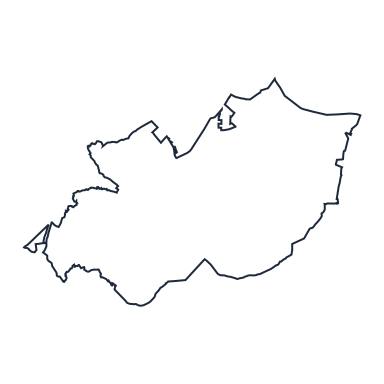 the district of Mihaesti, Vâlcea, Romania, rotated 271°
{"feature_id": "2599482B28552559363507", "entity_name": "Mihaesti", "entity_type": "district", "adm_level": 2, "iso_a3": "ROU", "parent_name": "Romania", "parent_adm1": "Vâlcea", "projection": "albers", "projection_center": [24.236, 45.036], "detail": "fine", "context": "isolated", "style": "outline", "palette": "slate", "viewbox_px": 384, "rotation_deg": 271, "n_neighbors": 0, "source": "geoboundaries", "source_scale": "gbopen_adm2", "svg_char_len": 5931}
<svg xmlns="http://www.w3.org/2000/svg" viewBox="0 0 384 384"><g transform="rotate(271 192 192)"><path d="M271.6,359.0L272.8,355.1L273.2,348.5L272.1,335.8L271.5,325.1L274.5,311.2L276.8,301.8L277.8,299.2L289.8,283.0L297.6,278.5L304.7,273.4L306.6,272.8L297.1,266.2L294.7,259.1L292.6,258.5L291.5,256.5L285.6,248.5L285.6,244.4L286.3,242.1L286.2,241.1L287.7,234.4L288.2,233.0L290.1,229.3L287.2,227.7L287.3,227.4L286.6,227.0L280.0,223.3L277.6,226.3L274.1,230.1L271.9,233.0L268.8,230.9L268.2,229.7L267.8,230.0L267.4,229.6L267.8,229.2L260.8,229.0L261.5,230.5L258.4,234.2L258.0,234.3L255.6,228.6L255.1,226.7L254.3,222.5L254.3,220.1L256.8,220.1L256.8,217.4L260.8,217.3L260.6,220.2L264.4,220.2L264.4,217.4L268.0,217.4L268.0,217.9L270.4,218.2L270.3,218.5L271.3,218.5L271.4,217.6L274.7,220.3L275.2,220.3L274.0,219.4L267.5,213.8L266.9,212.8L266.1,209.8L265.8,209.2L265.3,208.8L255.2,203.2L234.8,190.6L233.1,189.3L231.1,186.8L225.9,176.4L225.7,175.8L226.1,175.3L228.4,174.1L229.6,174.0L231.5,176.2L232.7,175.7L231.0,173.7L232.0,173.6L233.9,175.2L234.3,175.0L232.6,173.5L234.7,173.1L236.4,174.4L236.8,174.1L235.4,173.0L237.4,172.1L240.4,170.1L241.3,171.1L242.0,170.2L241.3,169.6L244.2,167.7L244.9,168.3L245.3,167.8L244.8,167.4L247.2,165.8L245.6,164.2L240.7,160.1L248.6,153.3L250.2,152.2L250.9,151.3L255.9,156.5L262.1,150.3L256.2,140.2L253.4,136.0L252.1,134.7L251.5,133.2L250.8,132.1L249.0,130.2L246.6,128.3L244.7,127.6L244.4,127.2L244.4,126.5L244.0,124.9L242.7,122.0L243.1,121.1L243.0,120.6L242.0,118.6L240.5,116.5L240.2,115.2L240.6,114.8L240.5,114.0L240.7,113.4L240.7,111.0L240.3,110.2L239.9,106.8L239.4,105.9L236.3,102.2L236.6,102.3L237.4,101.7L238.6,101.4L240.2,100.4L241.1,97.6L241.1,96.2L239.2,95.1L238.1,94.1L238.1,93.9L238.5,93.6L238.3,92.3L239.1,91.3L239.1,91.1L237.9,90.0L236.8,89.8L235.8,88.8L236.5,88.2L236.4,87.5L235.9,87.0L234.2,87.1L232.1,87.9L229.1,89.9L227.9,88.9L226.7,90.1L225.2,90.2L224.0,91.0L223.5,91.7L221.2,93.9L219.6,94.5L218.0,95.7L216.6,97.3L214.4,98.0L213.4,98.1L212.1,98.7L210.1,98.9L209.2,99.4L208.8,101.4L207.8,102.9L207.4,103.2L206.5,103.3L205.2,104.5L204.7,106.8L203.0,110.1L200.4,113.2L198.2,116.4L196.7,118.0L195.3,116.7L194.5,116.2L193.2,118.1L190.0,116.7L190.9,114.3L191.6,110.5L192.5,108.9L192.1,107.6L192.2,107.3L193.6,106.6L193.2,105.8L193.8,103.9L193.6,103.4L193.4,102.6L193.2,102.3L193.2,101.8L194.4,101.3L193.6,100.2L193.5,99.5L195.2,98.4L195.4,97.8L195.1,97.1L193.9,97.6L193.5,96.8L193.9,95.9L194.2,93.9L194.6,93.1L194.4,91.5L194.7,91.1L194.1,90.1L193.5,89.5L193.2,88.5L192.2,87.9L192.4,87.0L192.9,86.5L192.9,86.2L192.7,85.7L191.9,84.9L191.8,82.7L190.6,80.3L190.4,79.1L190.6,78.7L191.0,78.5L191.0,77.6L190.4,77.3L189.6,76.1L188.4,73.5L186.6,74.0L185.8,73.2L185.4,73.2L185.1,73.6L183.5,72.9L180.4,74.5L180.2,74.9L180.2,76.0L180.9,76.5L179.7,76.6L179.3,77.0L178.9,76.9L178.6,77.4L178.0,76.9L177.1,76.8L176.6,76.1L176.7,75.9L175.4,74.1L174.7,73.7L175.1,72.4L175.6,71.9L175.9,71.9L176.0,71.0L175.8,69.1L175.2,68.5L174.3,68.5L173.2,68.1L172.3,68.9L171.7,68.6L171.9,68.1L170.0,67.3L170.1,67.0L170.9,67.0L171.1,66.3L170.4,66.4L169.7,66.0L169.4,66.2L169.1,65.7L168.1,65.3L166.9,65.4L165.2,65.1L164.5,64.7L163.7,62.7L158.5,61.3L154.7,59.3L155.4,57.0L156.7,54.9L158.6,53.2L159.2,52.4L159.1,52.2L149.0,49.3L144.4,48.4L142.6,47.5L138.7,47.2L138.6,44.2L143.8,45.0L148.6,46.8L151.2,47.4L156.9,49.2L136.3,28.5L135.1,26.5L133.7,25.0L133.4,25.4L133.1,28.1L132.4,29.6L131.6,30.0L129.8,32.1L129.4,32.9L129.1,34.5L129.0,35.7L129.5,36.3L130.4,36.7L131.2,37.5L137.2,36.6L137.5,39.5L138.3,43.8L138.3,47.3L135.1,47.4L130.7,45.5L129.0,44.1L126.4,47.7L125.7,48.4L123.0,48.4L121.8,48.8L120.6,49.7L119.2,52.0L118.2,53.0L115.5,53.5L109.3,57.7L107.9,58.2L106.4,58.2L105.6,58.7L105.1,60.0L105.1,61.3L100.0,65.0L100.0,65.8L101.0,65.8L101.2,66.8L101.5,67.1L103.6,68.1L104.8,67.9L105.7,66.9L106.2,67.0L106.6,67.4L107.7,66.7L108.3,67.2L109.1,67.4L109.3,67.9L109.9,68.1L110.0,69.4L111.8,71.0L113.4,71.8L113.5,73.0L115.0,74.0L116.0,73.8L117.3,75.5L115.3,76.3L115.9,77.1L115.9,78.5L116.0,79.0L117.1,79.9L117.1,80.2L113.9,82.4L114.8,84.5L115.0,85.5L114.4,85.7L112.5,85.6L111.5,87.4L111.0,87.7L110.6,89.1L110.5,89.5L110.8,90.6L112.1,92.6L112.7,95.3L112.7,98.7L112.9,99.5L112.7,100.2L110.5,101.1L108.6,102.4L107.1,101.9L106.2,102.3L105.2,102.4L105.1,103.2L105.2,103.8L103.5,107.7L101.3,109.6L102.0,110.2L100.1,111.4L99.2,112.6L98.2,112.7L97.2,113.4L97.1,113.9L97.6,114.2L98.3,114.5L99.3,114.3L98.9,115.2L98.3,115.4L97.6,116.6L97.3,117.4L96.9,117.5L96.6,117.2L96.7,116.8L94.5,116.6L93.7,116.2L93.0,116.4L82.3,127.2L80.1,129.0L79.2,131.3L79.0,132.8L79.0,134.7L78.7,135.8L79.0,137.2L79.0,137.9L77.7,140.5L77.4,142.4L77.6,144.2L78.1,145.9L80.3,150.3L81.5,152.0L85.7,155.9L86.9,156.6L89.7,157.4L93.1,160.5L95.6,162.1L96.6,163.8L99.6,167.4L100.3,167.4L101.3,169.2L102.1,169.7L102.6,175.8L103.8,187.0L125.0,205.8L123.9,207.4L119.9,211.9L110.6,219.2L109.3,221.6L109.2,225.9L108.3,228.7L107.8,232.2L106.6,236.6L106.0,238.0L105.9,239.4L106.5,240.9L107.3,244.9L108.3,246.4L108.6,247.8L109.3,249.1L109.7,250.6L109.7,255.7L110.1,257.9L110.7,258.7L111.0,261.0L116.5,272.4L120.3,277.6L120.5,278.8L121.4,279.8L124.0,281.2L124.0,282.2L124.1,282.5L125.0,283.4L126.5,285.4L127.2,286.9L128.2,287.5L128.5,288.0L129.3,289.5L131.1,292.5L135.6,293.2L141.8,293.1L147.5,304.9L157.2,310.2L157.9,311.4L158.2,312.8L158.6,313.5L160.4,314.9L161.9,315.9L164.5,318.3L167.5,320.6L169.0,321.6L170.4,322.2L172.8,321.9L174.0,323.6L176.5,325.0L181.0,325.0L182.4,324.7L182.3,326.4L182.9,327.4L182.9,335.0L183.6,336.8L183.6,337.4L182.9,337.5L183.2,338.2L183.5,338.3L187.5,337.7L187.5,336.8L200.3,338.6L203.3,339.4L210.0,340.5L211.4,341.2L211.9,340.6L218.1,340.9L219.3,341.6L221.8,335.4L222.8,335.4L225.1,336.1L226.4,336.2L226.7,336.3L227.2,341.7L227.4,342.4L232.9,342.7L235.5,343.1L236.0,344.4L248.3,347.3L253.3,344.5L253.9,345.3L251.8,349.7L253.1,350.2L253.7,349.1L258.0,351.1L258.2,350.9L261.5,354.9L262.8,356.0L271.6,359.0Z" fill="none" stroke="#1e293b" stroke-width="2"/></g></svg>